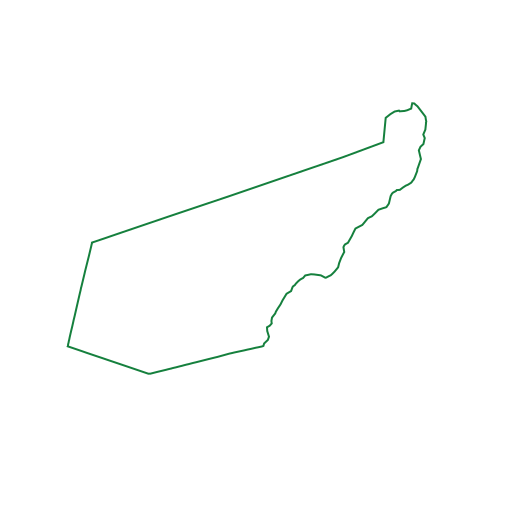 Al Matama, River Nile, Sudan (Mercator projection), rotated 339°
{"feature_id": "16777658B39370875153470", "entity_name": "Al Matama", "entity_type": "district", "adm_level": 2, "iso_a3": "SDN", "parent_name": "Sudan", "parent_adm1": "River Nile", "projection": "mercator", "projection_center": [32.797, 16.702], "detail": "fine", "context": "isolated", "style": "outline", "palette": "green", "viewbox_px": 512, "rotation_deg": 339, "n_neighbors": 0, "source": "geoboundaries", "source_scale": "gbopen_adm2", "svg_char_len": 2664}
<svg xmlns="http://www.w3.org/2000/svg" viewBox="0 0 512 512"><g transform="rotate(339 256 256)"><path d="M47.9,272.9L52.6,276.8L59.2,282.3L63.2,285.7L71.4,292.5L75.9,296.2L79.0,298.8L95.4,312.4L113.3,327.3L115.2,328.0L122.1,328.8L128.9,329.7L131.2,330.0L132.0,330.1L132.3,330.1L135.4,330.5L136.7,330.7L137.0,330.7L137.3,330.7L139.7,331.0L140.9,331.2L144.5,331.6L145.4,331.7L146.8,331.9L148.6,332.1L148.9,332.1L153.2,332.6L153.4,332.7L159.0,333.3L161.9,333.7L167.8,334.4L174.5,335.2L181.6,336.1L183.8,336.4L196.3,337.6L198.1,337.9L201.2,338.3L203.1,338.6L211.3,339.9L214.4,340.3L217.4,340.8L218.0,340.9L223.2,341.6L224.2,341.8L224.3,341.8L224.7,341.9L228.6,342.5L229.6,342.6L230.1,342.6L230.4,342.6L230.7,342.6L232.2,340.6L237.0,338.6L239.2,336.0L239.6,330.1L240.7,326.5L243.8,326.0L246.5,324.6L247.1,322.2L248.9,319.2L253.4,316.5L254.6,315.1L257.8,312.6L261.5,310.0L264.9,306.9L271.0,302.2L276.2,301.3L278.9,298.2L279.8,297.6L281.8,297.1L283.3,296.1L286.3,294.7L288.6,293.9L290.2,293.6L292.1,293.4L295.0,291.8L297.3,292.2L300.7,292.7L303.6,294.0L309.6,297.3L311.6,299.6L312.9,301.1L313.7,301.3L317.1,300.9L318.8,300.8L320.7,300.1L323.8,298.7L328.6,296.0L331.1,292.4L334.7,288.4L338.6,284.9L339.8,283.9L340.8,279.1L341.9,278.0L343.2,277.1L346.6,276.6L352.6,271.7L355.5,268.9L358.7,266.0L362.9,265.5L366.4,265.1L368.2,264.1L374.0,260.8L376.0,260.6L378.1,260.5L378.8,260.3L380.7,259.5L382.1,258.9L384.5,257.8L386.9,256.7L392.1,256.9L394.2,257.1L395.3,257.1L396.9,256.0L397.7,255.5L398.9,254.6L403.2,248.3L405.3,246.5L406.7,245.9L407.6,245.8L409.9,245.5L411.0,244.9L414.0,245.8L417.8,244.7L421.1,244.0L423.5,243.9L427.0,243.2L428.3,242.5L429.4,241.7L430.6,241.1L432.7,239.1L433.6,238.1L436.8,234.6L438.0,232.4L438.7,231.7L444.7,224.6L445.1,221.5L445.9,215.7L448.8,212.9L452.4,211.5L455.1,207.4L455.8,206.4L455.7,202.6L456.5,201.7L459.4,198.7L462.2,193.2L462.4,192.5L463.1,191.6L463.6,188.9L464.1,186.7L463.3,183.9L460.4,174.1L459.0,171.6L458.5,170.4L456.6,169.4L455.4,171.2L453.7,174.0L452.6,174.0L450.3,174.1L449.2,174.1L446.6,173.8L444.6,173.2L441.9,172.4L441.6,171.5L437.2,170.8L432.4,171.7L426.6,173.5L415.7,195.4L372.6,194.9L253.9,190.6L187.9,187.8L138.9,185.9L128.3,185.5L122.4,185.3L108.1,184.7L107.8,184.7L107.8,184.8L107.7,184.8L107.6,185.1L107.4,185.3L107.2,185.6L106.4,186.7L105.9,187.5L102.2,192.9L100.0,196.1L90.8,209.2L89.4,211.3L82.8,220.9L82.3,221.6L82.0,222.1L81.4,222.8L79.9,225.2L78.3,227.5L71.5,237.6L65.2,247.0L62.5,250.9L62.2,251.4L59.2,255.9L56.5,259.8L53.2,264.7L51.6,267.2L51.4,267.5L51.0,268.0L49.9,269.8L49.6,270.2L49.3,270.6L49.0,271.0L48.6,271.8L48.5,272.0L48.1,272.7L47.9,272.9Z" fill="none" stroke="#15803d" stroke-width="2"/></g></svg>